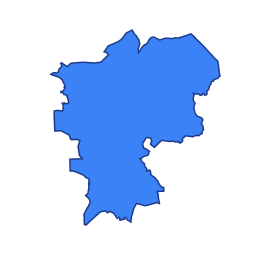 Pūres pag., Tukums, Latvia, rotated 8°
{"feature_id": "27541924B42244079207170", "entity_name": "Pūres pag.", "entity_type": "district", "adm_level": 2, "iso_a3": "LVA", "parent_name": "Latvia", "parent_adm1": "Tukums", "projection": "mercator", "projection_center": [22.936, 57.042], "detail": "fine", "context": "isolated", "style": "filled", "palette": "blue", "viewbox_px": 256, "rotation_deg": 8, "n_neighbors": 0, "source": "geoboundaries", "source_scale": "gbopen_adm2", "svg_char_len": 5482}
<svg xmlns="http://www.w3.org/2000/svg" viewBox="0 0 256 256"><g transform="rotate(8 128 128)"><path d="M76.7,178.6L77.4,178.4L78.1,178.5L79.1,178.3L80.2,178.4L81.0,178.4L82.1,178.5L82.3,178.7L87.5,180.0L90.7,180.9L93.4,183.1L94.8,183.3L96.1,183.8L96.7,184.4L96.7,185.4L96.8,186.1L96.7,186.6L96.9,186.7L97.0,187.4L96.9,187.8L96.7,188.1L96.8,188.2L97.2,188.4L97.7,188.4L97.8,188.6L97.8,188.8L97.7,189.0L97.0,189.4L97.0,189.5L97.2,189.9L97.1,190.3L97.3,191.3L97.6,192.3L97.7,192.8L97.5,194.8L97.4,195.7L97.5,196.7L97.4,198.2L97.3,198.6L96.4,199.7L95.4,200.8L96.8,201.8L98.1,202.7L99.3,203.5L99.5,203.7L100.6,206.0L100.8,207.2L99.4,211.8L99.3,211.7L98.6,213.2L97.4,216.7L97.1,217.6L96.3,219.9L96.8,221.2L96.9,221.6L97.1,222.7L97.5,225.6L97.7,226.9L98.0,227.6L98.1,228.4L98.0,229.0L98.1,229.5L99.9,230.0L100.3,229.3L101.2,228.4L103.1,225.9L104.6,224.1L106.0,222.5L108.5,219.3L109.4,218.3L109.5,218.2L110.1,217.9L110.2,217.7L110.6,216.3L111.9,215.7L112.5,214.8L112.8,214.6L117.5,213.2L119.2,214.8L119.3,214.8L122.2,212.9L122.4,212.9L122.9,213.4L125.8,214.5L127.2,216.0L128.4,217.2L128.4,217.4L129.8,218.9L129.9,219.0L131.3,217.7L132.6,218.6L132.5,218.9L132.4,219.1L132.5,219.6L132.6,220.1L132.9,220.4L135.5,219.4L137.2,218.8L136.8,217.4L136.9,217.2L138.5,217.0L139.4,218.5L140.3,219.2L143.2,220.4L143.9,220.8L143.9,218.9L143.8,216.3L143.7,216.2L143.8,216.0L143.9,214.8L144.7,208.9L144.9,207.0L146.6,202.2L146.9,201.6L156.2,202.6L167.1,197.8L167.7,197.9L169.0,198.1L169.9,198.9L167.7,192.7L167.4,190.5L165.8,186.8L172.2,185.6L172.2,185.4L172.2,185.2L171.6,181.9L169.8,181.9L166.9,179.6L165.0,176.5L161.6,173.5L157.4,171.3L155.9,167.1L155.5,166.6L152.4,168.0L152.4,166.3L152.3,165.7L150.3,163.9L149.7,163.3L149.2,160.9L146.3,159.4L145.5,157.7L144.2,156.8L145.4,156.2L147.3,154.1L149.2,153.2L150.2,152.8L151.2,152.2L151.6,152.0L152.1,150.3L152.0,150.2L152.0,149.9L152.0,149.4L151.9,148.5L151.8,148.2L151.9,148.3L152.3,148.0L150.5,147.1L149.2,146.6L148.2,146.3L148.3,146.0L146.3,145.7L144.9,142.4L144.7,140.8L145.0,140.2L145.3,140.0L146.7,136.7L147.3,134.8L151.9,134.9L153.4,138.0L153.0,138.6L152.7,140.1L152.5,140.8L154.4,142.2L155.5,142.5L156.4,143.5L157.0,143.4L159.5,140.1L160.1,139.3L161.1,138.0L161.4,137.6L162.7,136.0L163.6,135.5L170.0,135.5L171.2,135.5L173.4,135.1L175.2,134.7L175.4,134.7L176.1,135.2L176.2,135.3L180.0,134.6L180.1,135.2L181.0,135.1L181.5,135.7L183.2,134.6L183.7,133.2L183.8,133.0L183.7,133.0L183.6,132.8L183.4,131.3L183.3,130.7L184.5,129.8L184.9,129.4L185.0,129.2L185.4,128.3L185.9,127.9L186.8,127.8L187.9,127.7L192.3,127.6L193.2,127.7L195.3,126.4L196.6,126.0L199.4,125.6L200.8,123.9L201.0,123.8L202.2,123.1L201.8,121.3L202.7,119.9L202.9,118.6L202.4,117.2L201.9,115.7L200.1,113.8L200.2,113.2L201.0,109.4L200.2,108.4L200.0,108.0L199.9,107.9L197.1,107.1L195.3,106.8L194.5,106.4L192.3,103.8L191.9,103.3L191.1,100.4L190.6,99.9L190.6,98.8L190.4,97.9L190.3,97.4L191.0,94.0L189.2,92.3L188.4,90.0L188.4,89.9L188.6,88.6L188.6,86.8L188.7,85.7L188.0,84.8L189.4,85.0L190.7,85.0L190.9,84.9L192.5,84.3L192.8,84.4L193.1,84.5L194.4,85.3L194.7,85.4L195.0,85.5L196.4,85.1L196.7,84.9L196.9,84.7L197.4,83.7L197.6,83.4L197.9,83.3L198.3,83.5L198.6,83.7L199.1,84.6L199.4,84.8L199.9,84.5L200.8,84.4L201.0,84.3L201.3,83.8L201.4,83.5L201.5,83.2L201.2,82.1L201.1,81.6L201.1,81.1L201.2,80.3L201.3,80.0L202.2,79.1L202.4,78.7L202.6,78.2L202.5,76.6L202.6,76.4L202.9,75.2L203.4,74.0L203.8,73.2L204.0,72.8L204.1,72.4L204.1,71.7L204.1,70.9L204.2,70.6L204.4,70.4L205.9,69.7L206.2,69.5L206.3,69.3L206.5,68.2L210.4,66.0L211.1,64.3L211.9,63.8L211.5,62.9L210.8,60.9L210.3,59.0L209.7,56.7L208.0,50.5L207.7,49.4L205.8,48.0L203.0,46.1L202.9,46.1L202.8,45.9L201.2,44.3L198.9,42.6L197.0,41.1L194.3,38.8L191.5,36.5L188.8,34.5L187.7,33.6L184.2,31.1L182.6,30.2L181.3,29.2L181.6,28.9L181.4,28.8L178.0,26.5L177.1,26.0L174.9,27.2L173.6,27.9L171.9,28.8L170.5,29.4L168.1,30.7L167.2,31.3L167.0,31.2L166.9,31.0L166.2,31.6L165.8,31.8L164.9,32.0L162.5,32.0L162.0,32.1L161.5,32.3L159.9,33.3L157.5,33.4L153.4,33.7L152.0,34.1L150.0,35.1L147.1,36.4L145.7,35.9L144.0,35.5L141.0,34.3L139.3,34.8L138.0,35.5L136.5,37.9L135.6,40.7L134.2,42.5L133.7,43.3L132.8,43.2L130.7,45.9L129.9,47.6L127.9,52.0L127.1,48.4L127.6,44.8L128.0,43.1L126.9,40.3L126.2,38.7L124.8,37.5L123.5,35.6L122.5,35.0L121.1,33.8L118.6,30.5L113.3,33.9L112.7,34.9L112.2,35.9L110.0,39.8L110.1,40.1L109.3,40.9L106.3,43.9L96.9,49.5L96.2,50.7L96.0,51.7L94.9,53.6L94.4,54.8L93.7,55.8L95.8,56.3L97.0,56.9L98.7,57.8L95.6,61.9L92.2,66.4L90.1,67.1L89.3,67.4L87.3,67.8L86.3,68.3L81.6,68.6L74.0,69.2L72.6,69.6L69.0,70.3L62.3,71.9L59.8,74.9L59.3,75.4L59.3,75.6L52.9,72.7L52.4,73.6L52.7,73.8L53.4,74.8L53.8,75.5L53.4,76.8L52.2,78.4L51.6,79.2L51.4,79.7L51.4,80.5L51.2,82.0L50.4,83.2L49.8,83.5L47.1,83.4L44.6,85.1L44.1,85.6L45.3,86.0L52.3,87.2L53.0,87.5L56.0,89.4L56.4,89.8L57.3,91.3L59.9,95.1L59.0,96.4L59.9,96.9L60.1,97.1L60.1,97.3L58.3,100.7L58.5,101.3L56.7,101.0L56.5,102.2L57.5,101.9L58.0,101.9L58.4,101.9L59.0,102.2L59.1,102.4L59.3,102.7L59.3,103.0L59.4,103.3L59.6,103.6L59.8,103.7L61.0,103.8L63.0,104.2L63.5,104.4L63.5,104.6L63.2,105.4L65.4,109.5L65.5,111.9L62.2,112.9L61.8,111.9L59.4,112.6L60.0,113.5L60.8,114.7L61.0,117.5L61.1,119.9L59.4,120.6L59.0,120.4L56.4,120.3L54.8,120.6L52.5,121.6L54.1,131.2L54.2,130.9L54.3,132.2L55.9,141.2L62.4,140.0L64.4,140.9L70.9,143.3L72.6,147.0L73.6,147.2L73.9,147.4L79.0,146.4L82.1,147.1L81.1,153.0L83.0,159.6L83.2,160.2L83.7,161.9L87.0,164.7L84.6,165.2L74.8,167.0L76.7,178.6Z" fill="#3b82f6" stroke="#1e3a8a" stroke-width="1.5"/></g></svg>